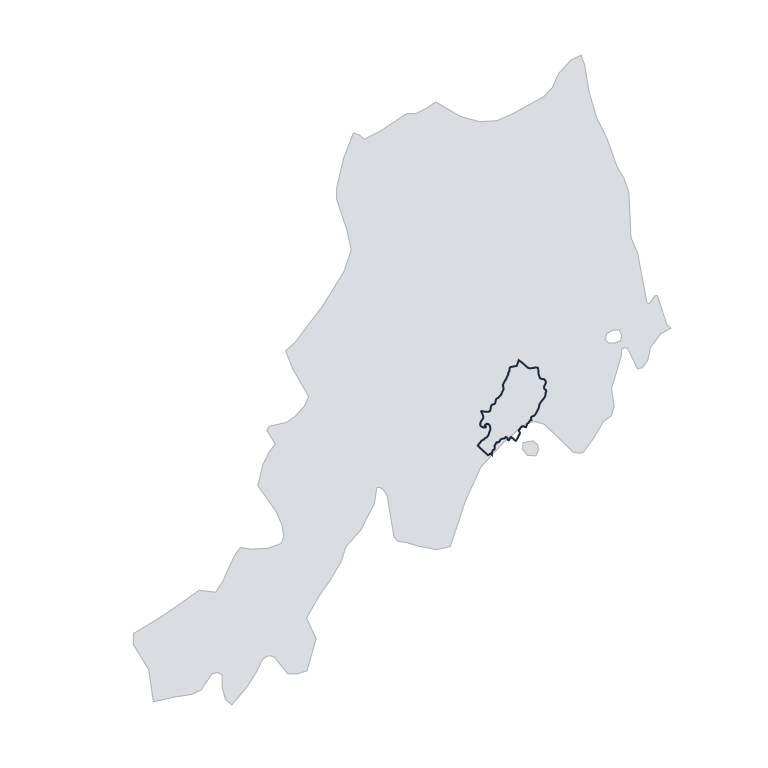 location of Karmir, Gegharkunik, Armenia, rotated 80°
{"feature_id": "60910142B90177126374214", "entity_name": "Karmir", "entity_type": "district", "adm_level": 2, "iso_a3": "ARM", "parent_name": "Armenia", "parent_adm1": "Gegharkunik", "projection": "albers", "projection_center": [45.299, 40.582], "detail": "fine", "context": "in_parent", "style": "outline", "palette": "slate", "viewbox_px": 768, "rotation_deg": 80, "n_neighbors": 0, "source": "geoboundaries", "source_scale": "gbopen_adm2", "svg_char_len": 7340}
<svg xmlns="http://www.w3.org/2000/svg" viewBox="0 0 768 768"><g transform="rotate(80 384 384)"><path d="M334.3,475.1L327.9,464.7L296.0,430.4L266.5,404.0L246.2,393.0L225.6,393.8L193.6,398.6L181.9,396.3L154.3,384.4L131.4,370.5L134.6,364.9L139.6,360.9L134.1,343.3L121.7,314.7L123.3,305.8L119.5,293.5L115.2,284.2L133.7,262.4L142.2,244.7L144.3,227.4L139.9,209.3L128.6,176.5L121.5,166.9L108.2,157.8L97.2,143.1L94.5,132.8L104.1,131.0L131.9,131.3L158.9,128.3L180.2,121.9L210.8,116.7L223.4,111.8L238.2,109.6L282.8,115.4L299.5,111.4L349.7,111.0L351.0,108.9L344.2,102.0L344.3,99.4L374.2,95.2L378.9,91.9L382.7,102.9L393.9,115.0L406.2,120.0L412.8,126.7L413.1,131.7L391.3,137.9L389.8,140.9L391.3,144.0L397.7,145.5L428.2,160.8L445.6,161.1L454.8,165.7L459.4,174.8L474.0,187.2L485.6,199.2L486.3,203.3L484.1,209.4L451.6,233.0L447.5,241.1L447.0,249.7L461.4,275.2L482.6,303.0L513.3,324.1L555.6,346.9L556.3,361.1L549.7,378.1L544.0,389.6L541.4,397.4L536.3,400.7L494.1,400.3L487.8,403.0L485.1,406.4L484.9,409.1L500.1,414.2L523.8,432.3L537.6,449.7L551.9,457.3L567.9,471.2L580.9,484.2L601.0,500.9L623.2,495.1L653.1,509.7L654.5,520.0L652.7,529.1L634.1,539.3L631.8,543.4L631.9,546.9L634.4,551.7L645.5,559.7L658.6,571.6L673.5,589.5L667.1,595.0L653.5,596.0L642.8,593.9L639.1,597.6L639.4,603.5L653.4,617.0L656.3,627.0L655.9,644.4L656.9,666.3L624.4,665.3L596.8,676.1L586.3,674.1L579.1,655.5L573.1,640.5L555.1,601.8L559.8,585.9L549.9,576.8L526.2,560.5L520.1,553.7L523.4,544.3L525.6,527.2L523.3,513.3L517.0,509.1L505.2,508.9L490.9,512.4L462.3,525.9L442.4,517.3L430.9,508.7L424.2,501.5L409.3,507.5L405.7,504.6L404.9,486.7L400.5,477.1L391.6,465.9L383.2,460.4L352.7,471.4L334.3,475.1ZM382.7,155.6L383.7,149.2L382.3,143.4L377.4,141.5L371.4,143.0L370.9,149.4L372.8,155.6L378.8,158.4L382.7,155.6ZM479.3,254.9L472.4,258.9L465.9,257.2L465.8,247.2L470.5,243.2L476.0,243.4L481.1,246.9L479.3,254.9Z" fill="#d9dde1" stroke="#a8b0b8" stroke-width="1"/><path d="M389.3,256.4L389.4,256.5L389.5,256.7L389.6,257.0L389.8,257.3L390.1,257.5L390.3,257.6L390.6,257.6L390.9,257.6L391.0,257.6L391.3,257.8L391.7,258.1L391.8,258.1L392.1,258.2L392.3,258.2L392.7,258.2L393.1,258.3L393.3,258.4L393.6,258.6L394.1,259.2L394.2,259.3L394.4,259.6L394.8,259.8L395.0,259.9L395.4,259.9L395.7,259.8L395.9,259.9L396.1,259.9L396.6,260.2L396.7,260.4L397.0,260.5L397.5,261.0L398.4,261.7L399.3,262.3L399.6,262.3L399.9,262.6L400.1,262.7L400.3,262.9L400.5,263.0L400.7,263.3L401.0,263.5L401.3,263.8L401.5,264.1L401.9,264.5L402.1,264.6L402.6,265.0L402.9,265.3L403.2,265.5L403.5,265.7L403.7,265.8L403.8,265.8L404.0,266.0L404.5,266.3L404.8,266.5L405.4,267.0L405.6,267.2L406.1,267.2L406.3,267.2L406.5,267.2L406.8,267.0L407.1,266.9L407.7,267.0L408.6,267.1L409.0,267.1L409.4,267.1L409.6,267.2L409.8,267.2L410.2,267.3L410.3,267.4L410.7,267.6L410.9,267.7L411.0,267.9L411.5,268.3L411.9,268.6L412.3,268.9L412.7,269.2L412.9,269.3L413.2,269.5L413.3,269.5L413.7,269.9L413.8,270.0L414.5,270.2L414.7,270.3L414.9,270.5L415.4,271.1L415.6,271.3L415.6,271.5L415.9,271.9L416.3,272.5L416.5,272.7L416.8,273.1L417.1,273.3L417.3,273.5L417.4,273.8L417.5,274.1L417.6,274.4L417.7,274.9L417.8,275.2L418.0,275.5L418.2,275.9L418.4,276.2L418.6,276.3L418.9,276.5L419.2,276.6L420.6,277.2L421.1,277.4L422.1,277.8L422.5,278.1L422.7,278.4L422.9,279.0L423.0,279.8L423.0,280.2L423.1,280.6L423.2,281.0L423.3,281.3L423.4,281.5L423.5,281.6L423.7,281.9L424.0,282.1L424.4,282.3L424.9,282.6L425.3,282.7L425.7,282.8L426.2,283.0L426.8,283.3L427.3,283.5L427.5,283.6L428.0,283.8L428.3,283.9L428.6,284.0L429.0,284.3L429.0,284.5L429.3,285.1L429.4,285.4L429.4,285.8L429.4,286.2L429.4,286.6L429.4,286.8L429.2,287.7L429.0,288.6L428.7,289.7L428.6,290.0L428.5,290.3L428.3,290.8L428.0,291.5L427.8,292.0L427.7,292.2L427.6,292.4L427.6,292.5L427.8,292.9L427.8,293.0L428.1,293.1L428.9,292.8L429.1,292.7L429.9,292.5L430.5,292.4L431.6,292.1L432.4,292.0L432.8,291.9L433.3,291.9L433.6,291.9L434.1,292.0L434.4,292.1L434.6,292.2L435.5,292.8L435.8,293.1L436.1,293.3L436.3,293.5L436.7,293.9L436.9,294.2L437.5,294.8L437.9,295.2L438.3,295.4L438.6,295.6L439.4,295.8L439.7,295.9L439.8,296.1L440.0,296.2L440.3,296.3L440.9,296.2L441.8,296.2L442.0,296.2L442.3,296.0L442.7,295.5L442.9,295.4L443.0,295.2L443.2,294.9L443.4,294.4L443.6,294.2L443.9,293.8L444.0,293.6L444.2,293.3L444.3,293.0L444.3,292.8L444.3,292.3L444.3,291.7L444.3,291.4L444.2,291.2L443.9,291.2L443.7,291.2L443.6,291.3L443.6,291.5L443.5,291.9L443.6,292.0L443.6,292.3L443.3,292.3L443.2,292.2L442.9,292.0L442.8,291.9L442.4,291.9L442.2,291.8L441.9,291.5L441.8,291.4L441.7,291.3L441.7,291.2L441.8,291.0L441.8,290.9L441.7,290.8L441.6,290.7L441.4,290.5L441.1,290.1L441.0,289.9L441.0,289.7L441.3,289.5L441.5,289.5L441.6,289.4L441.6,289.1L441.3,288.6L441.4,288.4L441.8,288.1L442.1,287.7L442.6,287.4L442.8,287.3L443.1,287.2L443.7,287.0L444.2,286.9L444.5,287.0L446.2,287.0L447.0,287.1L447.4,287.2L447.6,287.3L447.8,287.4L448.7,287.9L449.2,288.3L450.2,288.9L451.1,289.3L452.2,289.8L452.6,290.2L453.1,290.7L453.9,291.5L454.4,292.1L454.5,292.4L454.6,292.7L454.7,293.3L454.8,293.7L454.9,293.8L455.1,294.1L455.3,294.4L455.5,294.6L455.7,294.9L456.0,295.3L456.1,295.5L456.2,295.8L456.2,296.0L456.3,296.6L456.5,296.9L456.7,297.4L456.9,297.8L457.3,298.4L457.5,298.6L458.0,299.0L458.3,299.3L458.7,299.8L458.9,300.0L459.2,300.6L459.5,300.9L459.9,301.3L460.3,301.7L460.9,302.3L463.7,300.5L472.2,293.9L471.9,293.4L471.8,292.9L471.7,292.5L471.5,292.2L471.3,291.9L471.1,291.7L471.1,291.3L471.6,290.9L472.0,290.4L472.4,290.1L471.1,289.9L470.6,289.8L470.3,289.7L470.1,289.5L469.5,289.0L468.9,288.9L468.5,288.7L468.4,288.5L468.2,288.2L467.9,288.1L467.8,287.2L467.6,286.8L467.3,286.4L466.6,286.1L465.2,285.9L464.7,286.0L464.0,285.8L463.6,285.5L462.6,284.5L461.9,284.1L461.3,283.6L460.9,283.2L461.0,282.8L461.3,282.5L461.2,282.3L461.0,282.1L461.0,281.6L461.2,281.0L460.8,280.5L460.5,280.2L459.8,279.7L459.2,279.0L458.7,278.6L458.6,278.2L458.5,277.1L458.4,276.1L458.5,275.4L458.4,274.6L458.1,274.2L457.5,273.7L457.3,273.3L457.8,272.7L458.1,272.2L458.3,271.9L458.7,271.8L459.3,271.8L460.0,271.9L460.4,271.8L460.8,271.5L461.0,270.9L460.8,270.4L460.6,270.2L459.7,269.6L459.5,269.3L459.3,269.0L458.5,268.6L458.3,268.0L458.7,267.5L459.3,267.4L459.6,267.1L459.8,266.5L460.0,266.2L460.4,265.9L460.9,265.8L461.3,265.7L461.7,265.4L462.2,265.0L462.5,264.5L462.8,264.0L462.6,263.6L462.3,263.4L461.5,262.8L461.0,262.4L460.4,261.9L459.8,261.3L459.4,260.9L458.8,260.8L458.4,260.7L458.1,260.2L457.9,259.8L457.4,259.8L457.0,259.5L456.6,259.0L456.1,258.6L455.9,258.6L455.5,258.6L455.3,258.8L454.9,258.8L454.6,258.8L454.2,258.9L453.9,259.1L453.3,259.3L452.7,259.3L452.3,258.9L452.1,258.3L451.9,257.9L450.9,257.2L450.4,256.8L450.3,256.2L450.2,255.8L449.7,255.4L449.6,254.8L449.8,254.2L450.2,253.4L450.6,252.8L451.0,252.4L451.2,252.1L451.2,251.6L450.9,251.4L449.8,250.9L448.8,250.3L448.0,249.8L447.6,249.2L447.5,248.4L447.2,248.2L446.8,248.0L446.3,247.7L445.7,246.9L445.2,246.5L445.0,246.1L445.0,245.5L445.1,245.1L443.2,245.2L442.2,244.8L441.5,243.2L441.4,241.8L440.1,240.1L434.9,236.0L431.4,234.6L429.3,232.9L424.8,227.9L422.4,226.7L420.7,226.4L419.8,225.6L418.8,225.5L417.8,225.7L416.9,226.8L415.7,227.1L413.9,226.5L411.1,224.4L409.3,224.3L407.1,225.4L406.4,227.9L405.3,229.4L400.8,230.1L397.7,229.6L394.8,229.7L394.4,230.3L393.9,232.4L394.2,233.5L393.9,237.9L392.7,239.7L386.6,244.6L384.0,247.2L389.2,250.1L389.3,256.4Z" fill="none" stroke="#1e293b" stroke-width="2"/></g></svg>